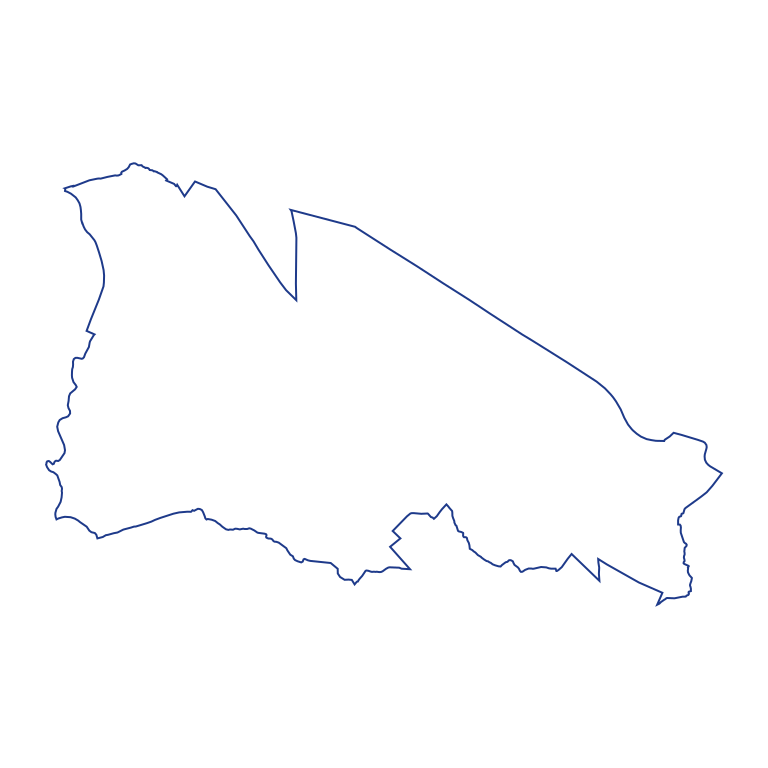 outline of Tzompantepec, Tlaxcala, Mexico
{"feature_id": "50627088B59818276904858", "entity_name": "Tzompantepec", "entity_type": "district", "adm_level": 2, "iso_a3": "MEX", "parent_name": "Mexico", "parent_adm1": "Tlaxcala", "projection": "robinson", "projection_center": [-98.081, 19.383], "detail": "fine", "context": "isolated", "style": "outline", "palette": "blue", "viewbox_px": 768, "rotation_deg": 0, "n_neighbors": 0, "source": "geoboundaries", "source_scale": "gbopen_adm2", "svg_char_len": 6008}
<svg xmlns="http://www.w3.org/2000/svg" viewBox="0 0 768 768"><path d="M82.2,223.2L82.4,223.1L83.6,226.5L85.1,229.5L87.2,232.2L89.7,234.3L94.4,240.2L95.5,242.2L96.8,245.6L99.0,252.3L101.6,261.0L103.6,270.1L104.1,275.6L103.9,282.6L103.5,286.4L98.9,299.5L90.9,319.3L86.6,330.9L94.5,334.4L93.8,335.1L90.1,341.2L89.7,342.4L88.9,347.0L85.3,353.6L84.0,357.2L82.9,358.4L81.8,358.8L77.2,357.8L75.4,357.9L73.8,359.1L73.0,361.7L73.1,364.4L72.9,367.0L72.2,369.2L72.0,371.8L71.9,375.4L72.1,377.8L73.5,382.1L75.8,385.1L76.7,386.9L75.1,389.3L70.2,393.4L69.0,396.3L68.6,400.9L67.8,405.2L68.5,408.1L70.0,410.9L70.1,413.5L68.1,416.3L65.9,417.3L62.6,418.2L59.7,420.0L58.3,422.4L57.2,426.7L58.1,431.2L64.1,445.0L65.0,450.2L64.5,453.1L59.8,460.0L58.2,461.0L56.1,460.7L55.3,461.1L54.4,462.1L53.8,463.8L52.6,464.3L50.0,461.8L48.8,461.0L47.3,461.3L46.6,462.3L46.4,463.8L46.1,464.6L47.1,467.2L49.1,470.2L51.1,471.5L53.4,472.2L55.9,474.1L57.3,475.4L59.6,481.9L60.2,485.0L61.7,487.1L62.0,488.8L61.7,491.0L62.0,492.7L61.6,497.4L60.6,501.9L58.1,506.7L56.5,508.9L55.4,512.8L55.3,514.4L55.6,516.9L56.5,519.4L58.3,518.5L61.9,517.4L64.9,516.8L70.6,517.2L74.8,518.6L78.2,520.6L80.0,522.1L86.7,526.7L89.3,530.6L91.4,532.2L94.8,533.0L96.3,534.7L97.4,538.4L102.8,537.0L105.8,535.2L108.1,534.8L113.8,533.2L117.5,532.5L123.3,529.6L124.4,529.3L130.9,527.6L134.0,526.6L135.9,526.5L146.8,523.2L151.4,521.6L155.0,519.9L160.4,517.9L173.4,513.7L179.2,512.4L187.6,511.7L190.9,511.8L191.3,511.6L192.5,510.2L194.1,510.8L197.7,508.9L199.0,508.9L200.3,509.2L201.9,510.1L203.1,512.2L204.7,516.2L205.4,518.4L206.5,519.5L207.8,519.0L211.6,519.7L215.2,521.0L217.9,523.2L219.8,524.4L222.3,526.7L226.0,529.3L228.4,529.9L229.9,529.5L233.0,529.7L235.2,528.7L237.0,528.8L239.8,529.4L243.1,528.7L244.7,529.0L247.2,529.0L249.2,528.3L250.7,528.6L254.4,530.5L257.4,532.6L258.6,532.9L264.7,533.7L265.7,534.1L266.2,534.3L266.4,534.7L266.5,535.3L266.1,536.7L266.2,537.3L266.5,537.7L268.3,538.5L270.5,538.6L271.5,538.9L272.4,539.6L273.6,541.2L274.7,541.7L276.3,541.8L278.7,542.6L286.3,548.2L287.4,550.4L290.3,554.7L292.9,556.3L293.8,558.7L295.1,560.1L297.7,561.3L301.2,562.4L302.7,561.6L303.6,559.3L304.7,558.9L307.9,560.3L310.3,560.9L330.7,563.0L337.7,568.8L337.8,573.5L340.1,577.0L344.6,579.8L348.5,579.6L351.8,579.9L354.6,584.4L356.5,582.1L357.1,581.6L357.9,581.5L358.5,580.3L359.6,578.8L362.2,575.9L365.6,570.8L366.6,570.5L368.4,570.8L370.7,571.6L372.0,571.9L373.8,571.7L375.9,571.9L376.7,571.7L379.2,572.1L381.0,572.0L382.6,571.3L386.0,568.8L388.2,567.6L389.5,567.3L399.2,567.7L401.6,568.7L410.0,569.2L390.1,546.8L400.4,538.4L392.7,531.0L407.0,516.3L410.4,513.5L411.9,513.1L413.5,513.1L421.3,513.8L427.6,513.5L428.0,513.7L430.9,517.0L432.7,517.6L433.9,518.8L436.8,516.2L439.7,512.1L441.9,509.3L446.4,504.4L448.5,506.7L449.1,507.6L452.1,511.0L452.3,512.4L452.4,515.9L453.1,518.1L454.3,521.1L454.4,522.6L455.6,525.2L456.4,525.7L458.0,530.8L458.8,531.4L461.3,532.0L463.1,532.9L463.2,533.4L463.1,535.8L463.5,536.7L464.0,537.2L465.5,537.2L466.3,537.4L466.9,538.0L467.4,540.3L468.8,542.9L469.4,545.2L469.8,548.8L472.3,550.1L473.7,551.4L475.4,552.5L477.9,555.1L481.0,556.9L481.3,557.4L484.1,559.5L486.5,561.0L488.2,561.4L489.4,562.3L490.7,562.8L492.6,564.3L495.1,565.3L498.5,566.3L500.6,566.5L501.9,565.1L505.6,562.3L507.5,561.8L508.8,560.4L510.0,560.1L511.3,560.4L512.9,561.4L513.4,562.8L514.5,564.9L517.9,567.4L519.0,568.8L519.9,570.8L521.0,571.9L522.5,571.7L525.1,569.9L528.7,568.5L531.1,568.5L532.9,568.8L534.2,568.6L541.1,567.0L546.3,567.4L548.9,568.3L551.3,568.7L555.6,568.7L556.4,571.0L556.9,571.0L558.5,570.0L561.8,567.1L567.7,558.8L571.6,554.0L599.4,580.8L598.9,573.7L599.2,567.6L598.4,562.6L598.2,559.0L607.0,564.5L638.9,582.5L662.4,592.8L657.2,604.7L659.4,603.6L661.0,602.0L664.3,599.7L665.4,599.1L666.1,598.4L667.0,598.0L674.5,598.3L682.5,596.7L685.7,596.6L686.6,595.6L688.2,595.0L688.7,594.5L688.9,593.5L688.6,593.1L688.6,592.1L688.9,591.7L690.9,591.1L690.9,588.8L690.5,586.8L690.1,585.9L690.0,585.0L690.5,583.2L691.3,581.1L691.9,578.0L691.6,577.6L689.7,575.6L689.1,574.7L688.0,572.4L687.8,570.7L688.1,568.5L687.9,567.4L688.7,566.5L688.6,565.9L684.2,563.9L683.6,563.3L683.7,562.2L684.6,561.0L684.4,559.4L683.9,557.7L684.0,556.2L684.6,554.6L684.6,553.0L684.3,551.5L684.7,547.9L686.5,545.9L686.7,544.8L686.1,543.8L684.7,542.9L683.9,542.0L680.8,532.8L680.7,530.5L680.9,527.4L680.6,525.6L679.8,524.6L678.1,524.5L678.1,520.3L678.6,517.8L679.3,516.8L681.0,516.2L681.2,515.9L681.5,514.0L681.8,513.7L682.8,513.5L683.4,513.1L684.5,509.2L685.4,508.1L701.2,496.6L706.7,492.3L712.4,485.8L721.9,473.3L710.1,466.3L708.2,464.8L706.3,462.7L704.9,459.7L704.6,456.5L704.8,454.4L706.4,448.7L706.7,447.1L706.4,445.0L704.8,442.7L703.0,441.6L697.7,439.8L681.5,434.9L673.6,432.8L669.7,436.5L664.7,439.8L664.2,441.0L655.9,440.8L651.4,440.1L646.6,439.1L640.9,436.6L636.7,433.7L632.9,430.4L631.5,428.9L628.0,424.5L624.3,417.8L620.7,409.4L616.0,401.4L613.1,397.3L610.6,394.3L604.9,388.3L596.6,381.6L567.1,362.4L532.6,340.8L522.2,334.5L490.3,313.8L469.3,299.9L443.0,283.2L417.2,266.4L390.5,249.7L356.7,228.0L355.1,226.8L290.7,209.9L291.5,211.1L293.6,221.1L295.9,233.2L296.4,237.8L295.9,283.6L296.3,300.2L286.1,290.2L280.1,282.3L268.4,265.1L258.5,249.7L253.5,241.3L249.8,236.2L236.2,215.4L215.6,189.2L207.3,186.7L195.3,181.6L195.0,181.5L184.5,196.3L177.2,184.8L176.7,185.9L176.4,186.2L176.0,186.2L174.1,183.9L166.2,180.5L167.1,179.3L162.7,175.3L161.2,174.2L157.3,172.4L157.2,172.1L154.5,171.2L153.9,171.4L152.4,170.3L149.7,170.0L148.9,168.8L148.1,168.2L146.7,167.8L145.4,168.0L144.9,167.5L142.9,166.6L142.2,166.0L141.6,165.2L138.3,165.3L135.5,163.5L133.8,163.3L131.6,163.9L130.1,164.5L128.7,167.2L127.2,168.9L124.6,170.5L122.0,171.7L121.3,172.6L121.4,174.0L118.6,175.4L116.9,175.6L115.1,175.4L107.5,176.9L100.7,178.6L98.7,178.5L97.1,178.7L89.4,180.3L73.3,186.5L73.0,186.5L73.1,185.9L70.7,186.4L64.9,188.3L65.3,188.5L65.0,191.0L67.4,191.8L71.0,193.7L75.7,197.4L77.7,200.2L79.5,203.4L80.5,207.0L80.9,210.1L81.2,213.9L81.2,219.6L82.2,223.2Z" fill="none" stroke="#1e3a8a" stroke-width="2"/></svg>